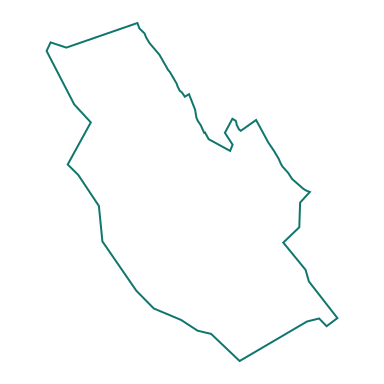 the district of Craig, Virginia, United States of America, rotated 90°
{"feature_id": "52423323B43550826235883", "entity_name": "Craig", "entity_type": "district", "adm_level": 2, "iso_a3": "USA", "parent_name": "United States of America", "parent_adm1": "Virginia", "projection": "orthographic", "projection_center": [-80.269, 37.488], "detail": "fine", "context": "isolated", "style": "outline", "palette": "teal", "viewbox_px": 384, "rotation_deg": 90, "n_neighbors": 0, "source": "geoboundaries", "source_scale": "gbopen_adm2", "svg_char_len": 938}
<svg xmlns="http://www.w3.org/2000/svg" viewBox="0 0 384 384"><g transform="rotate(90 192 192)"><path d="M192.0,74.2L190.4,78.1L188.7,80.8L179.1,91.8L172.8,95.9L166.6,101.5L163.5,103.3L159.0,105.2L150.9,110.0L142.5,115.7L120.0,127.9L130.8,143.2L129.4,145.0L124.9,147.3L122.8,147.6L120.7,148.4L118.8,151.6L132.8,159.1L144.7,151.4L150.9,153.9L139.2,175.3L132.5,179.0L132.8,179.8L129.2,181.5L125.3,183.2L120.9,186.2L117.6,187.6L109.7,188.9L94.2,195.0L96.7,199.2L92.5,202.0L90.8,204.2L86.5,206.4L83.7,207.3L72.0,214.1L70.1,215.8L54.7,224.6L43.1,234.5L37.4,237.9L33.5,239.4L28.4,244.6L23.0,246.6L47.6,317.7L42.4,333.4L51.0,337.4L104.4,309.8L122.4,293.2L164.5,316.3L175.0,305.7L206.0,285.1L241.4,281.6L290.7,247.7L308.5,230.2L320.0,202.8L330.7,186.4L333.9,172.9L361.0,144.4L321.5,77.0L318.5,64.9L326.2,57.4L318.1,46.6L281.5,75.1L269.9,78.4L242.6,100.7L227.2,84.7L202.6,83.9L192.0,74.2Z" fill="none" stroke="#0f766e" stroke-width="2"/></g></svg>